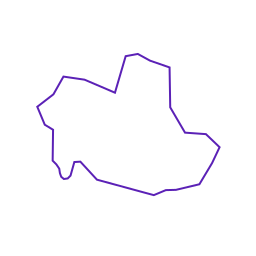 SVG path tracing the border of Ropazu, rotated 23°
{"feature_id": "LVA-5773", "entity_name": "Ropazu", "entity_type": "Municipality", "adm_level": 1, "iso_a3": "LVA", "parent_name": "Latvia", "parent_adm1": "", "projection": "orthographic", "projection_center": [24.578, 56.966], "detail": "fine", "context": "isolated", "style": "outline", "palette": "violet", "viewbox_px": 256, "rotation_deg": 23, "n_neighbors": 0, "source": "natural_earth", "source_scale": "10m", "svg_char_len": 550}
<svg xmlns="http://www.w3.org/2000/svg" viewBox="0 0 256 256"><g transform="rotate(23 128 128)"><path d="M215.7,151.9L196.3,166.2L187.1,170.4L178.0,179.7L168.7,181.0L119.6,187.7L97.3,177.6L91.9,180.3L93.7,194.3L92.2,198.0L88.9,200.0L85.6,199.0L83.0,196.2L80.6,192.3L76.3,189.5L71.4,187.5L59.7,158.9L50.1,157.5L36.2,143.9L46.2,126.1L48.5,105.9L69.1,100.5L102.2,100.6L97.8,62.8L108.1,56.0L116.0,56.8L122.0,57.4L142.6,56.0L158.8,92.5L182.3,110.0L202.1,103.2L219.8,109.9L219.1,127.4L215.7,151.9Z" fill="none" stroke="#5b21b6" stroke-width="2"/></g></svg>